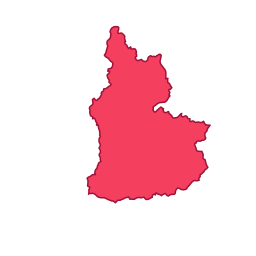 Con Cuong, Nghệ An, Vietnam (Albers equal-area conic projection), rotated 319°
{"feature_id": "81297802B27308287932068", "entity_name": "Con Cuong", "entity_type": "district", "adm_level": 2, "iso_a3": "VNM", "parent_name": "Vietnam", "parent_adm1": "Nghệ An", "projection": "albers", "projection_center": [104.863, 19.063], "detail": "fine", "context": "isolated", "style": "filled", "palette": "rose", "viewbox_px": 256, "rotation_deg": 319, "n_neighbors": 0, "source": "geoboundaries", "source_scale": "gbopen_adm2", "svg_char_len": 5873}
<svg xmlns="http://www.w3.org/2000/svg" viewBox="0 0 256 256"><g transform="rotate(319 128 128)"><path d="M196.0,98.6L200.5,95.2L200.8,94.4L200.7,93.7L200.1,93.0L199.4,92.7L198.1,92.7L197.0,92.3L196.0,92.3L195.3,92.1L195.0,91.8L194.6,90.9L192.9,89.8L192.6,88.4L192.3,88.2L190.1,87.9L188.9,88.3L187.9,89.4L185.6,89.7L184.6,89.1L183.8,88.1L183.3,87.1L183.1,85.1L179.5,83.6L179.4,83.4L179.3,82.7L179.0,82.2L178.9,81.9L179.3,81.0L179.6,79.8L180.3,79.3L181.5,79.6L181.8,79.4L182.7,78.0L182.7,77.0L183.9,76.6L184.1,76.4L185.2,73.9L185.2,73.4L185.0,72.6L182.7,70.9L182.2,70.4L182.2,70.1L182.9,69.3L183.1,68.6L181.9,68.4L181.0,68.4L180.6,68.3L180.6,68.1L180.8,66.3L181.4,64.9L181.1,62.9L181.2,62.0L181.8,61.0L182.2,60.9L182.6,61.2L182.8,61.2L183.9,58.7L184.7,57.5L185.6,56.9L185.9,56.1L185.7,52.8L185.3,52.0L184.7,51.6L183.3,50.7L182.7,49.8L182.6,49.6L183.7,48.6L185.7,47.4L186.9,46.1L186.9,45.6L186.8,45.1L186.4,44.5L184.9,43.1L183.8,42.4L181.7,42.0L181.1,42.0L179.5,42.4L178.8,42.8L177.7,43.5L177.1,44.6L177.1,45.6L176.9,45.9L175.5,46.8L174.3,48.1L173.4,48.5L170.4,48.7L169.4,48.8L168.7,49.2L167.0,51.2L167.0,52.1L166.6,52.7L160.1,57.0L158.2,57.4L158.0,57.6L157.8,59.2L158.2,60.7L158.7,61.7L158.8,64.5L158.7,66.3L159.2,68.3L159.1,69.1L158.5,69.8L156.5,71.4L154.6,71.9L151.8,70.5L150.1,71.8L150.6,72.6L151.2,73.2L151.0,73.4L149.8,74.2L147.3,74.2L146.7,74.7L146.4,75.2L145.6,77.0L145.1,79.9L143.7,80.8L143.9,83.5L143.9,83.9L143.7,84.1L143.0,84.3L142.2,84.3L141.7,84.2L140.7,83.9L139.5,84.0L137.6,83.8L137.1,83.7L135.3,82.6L135.2,82.6L134.3,83.5L133.4,83.9L132.6,83.9L131.7,83.6L131.4,83.7L130.4,84.4L130.4,84.9L129.8,85.5L127.6,86.3L125.9,86.7L125.0,86.5L123.2,86.7L122.2,86.3L122.0,85.8L121.8,85.3L121.9,83.4L120.1,83.2L119.8,83.3L119.4,83.8L118.0,86.1L117.6,86.5L117.0,86.9L115.9,87.1L113.9,86.9L112.8,87.2L111.7,87.8L111.0,89.7L109.8,90.7L109.2,91.4L108.7,92.3L107.9,94.0L107.9,94.7L108.4,95.7L108.6,96.4L108.3,97.0L107.4,97.8L107.5,97.9L108.2,98.1L108.9,98.8L109.0,99.2L108.8,100.0L107.7,103.0L107.9,103.5L107.9,103.9L107.7,104.2L106.7,104.6L106.4,104.9L106.3,105.3L106.4,105.7L107.4,106.3L107.3,106.6L106.1,108.2L105.4,109.4L105.0,110.6L104.9,111.5L104.0,112.2L103.0,114.2L102.2,114.5L101.9,114.8L101.7,115.8L101.2,116.4L99.3,117.0L97.4,119.0L96.8,120.1L96.5,121.7L95.6,122.9L95.0,123.5L93.3,123.9L92.8,124.6L92.7,126.0L91.6,128.0L91.2,128.4L89.8,128.6L89.3,128.8L88.3,129.7L87.8,132.0L86.3,133.8L85.6,135.4L84.8,135.4L83.6,135.1L83.1,135.2L80.1,136.6L78.4,137.9L75.9,138.3L74.4,139.3L73.4,140.2L73.2,140.5L73.1,141.6L72.9,141.7L70.8,140.1L70.1,139.8L68.0,139.8L65.8,139.1L64.3,139.1L64.0,139.4L63.5,141.1L63.3,141.5L60.7,144.2L59.5,145.2L59.5,145.6L60.2,147.1L60.4,147.6L57.7,149.1L57.1,150.1L55.2,151.9L55.4,151.9L57.9,153.7L58.8,154.5L59.4,155.5L59.8,157.5L59.9,159.4L60.0,160.0L60.4,160.9L60.9,161.7L61.8,162.8L64.2,165.0L64.8,165.9L66.2,169.3L67.1,170.8L67.7,172.2L68.7,173.2L69.1,173.9L69.3,175.4L69.5,176.1L70.2,176.1L72.6,175.8L72.9,175.9L73.4,176.2L74.6,177.4L76.0,177.7L78.3,178.6L79.8,178.8L83.0,180.4L83.2,180.5L83.2,181.0L82.7,182.5L82.7,182.9L83.0,183.2L84.1,184.1L85.8,185.8L86.5,186.1L87.2,186.1L88.5,186.4L90.2,187.1L90.7,187.7L92.2,189.4L94.3,190.4L94.5,190.6L94.7,191.2L94.6,193.4L95.0,194.1L97.0,195.3L99.0,195.6L100.8,196.2L102.1,194.9L102.5,194.7L103.9,195.0L104.2,195.1L104.6,196.2L104.8,196.4L105.0,196.3L105.6,195.5L105.9,195.4L106.7,195.6L107.2,197.6L108.4,199.3L109.0,201.1L110.3,201.0L112.5,201.6L113.2,202.0L113.2,203.1L113.1,203.8L113.2,204.7L113.8,205.7L114.0,205.9L116.4,206.1L117.5,206.8L119.3,208.3L120.1,208.4L120.5,208.4L121.2,208.0L122.1,207.0L123.2,206.4L124.4,206.0L126.3,205.9L126.6,206.0L127.5,208.6L128.1,209.7L129.4,211.1L131.0,212.0L132.4,212.4L133.7,211.7L136.5,211.5L140.4,210.8L142.7,210.8L143.7,211.2L144.7,212.4L145.6,213.2L146.7,213.8L147.5,214.0L147.8,213.1L148.4,212.5L150.6,212.0L151.7,210.6L153.5,210.9L156.5,210.8L158.3,210.1L160.9,210.3L162.5,210.0L162.8,207.9L163.1,207.1L163.6,205.9L165.3,202.6L165.3,202.1L164.9,201.7L164.8,201.1L164.8,200.5L165.2,199.4L165.4,199.1L167.0,197.8L167.3,197.3L168.4,194.2L165.7,191.6L165.2,190.8L165.1,190.3L165.2,189.5L166.0,188.1L167.1,184.9L167.5,184.2L167.9,183.8L168.3,183.6L169.6,184.0L170.5,183.5L171.2,183.3L171.8,183.4L174.3,185.6L175.9,185.9L177.0,186.7L177.4,186.9L178.7,187.1L179.4,187.0L180.1,186.5L180.5,185.1L181.0,184.4L181.4,183.5L182.3,182.8L183.5,182.2L185.3,182.1L187.8,180.6L190.3,180.1L191.6,179.7L191.0,178.9L189.7,177.9L189.4,177.1L188.8,176.9L188.6,176.0L189.1,173.7L189.3,173.0L189.3,172.5L188.8,172.4L188.0,172.4L186.9,172.0L185.8,170.8L185.0,169.5L183.9,169.0L183.3,168.4L182.3,167.8L182.2,167.3L182.2,166.7L181.9,165.6L181.5,165.2L179.2,164.0L179.1,163.8L179.1,163.4L179.3,163.1L180.7,161.8L179.6,160.3L179.5,159.8L179.5,159.2L180.0,158.3L179.8,157.2L179.5,156.7L179.0,156.4L176.6,155.5L176.4,155.2L176.2,154.5L176.3,153.8L176.4,153.6L177.9,152.3L177.4,152.0L172.3,152.5L170.9,151.6L169.9,151.1L168.9,150.3L168.7,149.9L168.6,148.8L169.2,147.0L168.8,146.3L168.8,144.9L168.5,143.7L169.3,142.6L169.3,142.3L168.9,141.9L167.4,141.7L166.6,141.1L165.8,140.2L165.5,139.2L166.4,137.6L166.3,136.9L167.2,136.8L167.4,136.7L167.3,136.1L166.7,134.9L166.6,133.8L163.8,133.7L159.7,133.9L159.0,133.8L158.7,133.7L158.5,133.3L158.5,131.1L159.8,129.9L160.4,129.2L160.5,128.7L161.3,128.8L162.2,128.6L163.3,128.9L165.8,128.9L168.4,129.5L169.3,130.1L170.0,130.8L171.3,131.5L172.0,132.2L173.0,132.7L174.1,132.9L175.0,132.8L176.3,132.5L178.1,131.8L180.6,131.3L180.2,130.5L180.8,130.0L181.0,129.6L181.5,129.5L183.0,128.5L183.2,126.9L183.4,126.5L183.9,125.9L184.2,125.9L185.3,126.6L187.5,126.3L188.1,122.8L188.5,121.4L187.9,120.0L188.0,119.6L189.5,117.8L189.6,117.4L190.6,116.8L190.6,116.6L189.0,115.7L188.9,115.5L192.3,111.8L193.4,110.3L193.7,109.7L194.2,107.9L194.3,105.4L194.5,103.6L194.5,102.1L194.9,100.4L196.0,98.6Z" fill="#f43f5e" stroke="#9f1239" stroke-width="1.5"/></g></svg>